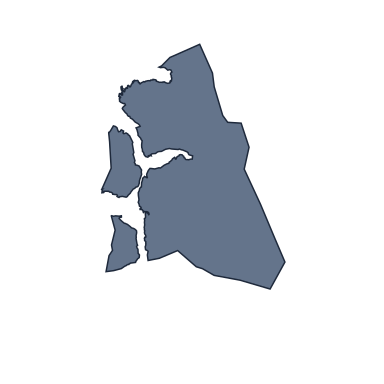 outline of Kvalsund nor, Finnmark, Norway, rotated 311°
{"feature_id": "86288312B73614960684794", "entity_name": "Kvalsund nor", "entity_type": "district", "adm_level": 2, "iso_a3": "NOR", "parent_name": "Norway", "parent_adm1": "Finnmark", "projection": "orthographic", "projection_center": [24.169, 70.397], "detail": "fine", "context": "isolated", "style": "filled", "palette": "slate", "viewbox_px": 384, "rotation_deg": 311, "n_neighbors": 0, "source": "geoboundaries", "source_scale": "gbopen_adm2", "svg_char_len": 5884}
<svg xmlns="http://www.w3.org/2000/svg" viewBox="0 0 384 384"><g transform="rotate(311 192 192)"><path d="M264.6,85.2L265.2,86.7L267.3,88.6L268.1,90.2L268.1,93.8L269.6,94.8L270.2,96.0L269.9,96.6L269.7,97.5L269.0,98.2L268.6,98.0L267.5,98.0L266.6,98.8L266.3,100.2L265.2,100.8L265.0,101.6L264.1,102.5L262.4,103.4L262.0,103.2L262.0,103.5L261.6,103.4L261.2,103.0L261.9,102.8L261.6,102.7L261.1,102.9L261.6,103.5L259.7,103.7L258.0,102.3L257.2,100.4L257.1,99.8L257.1,99.1L256.4,98.9L256.4,98.7L256.4,98.3L255.7,97.7L255.1,97.6L254.9,97.1L253.3,95.3L252.8,93.6L252.3,92.6L252.3,92.1L252.8,91.8L252.9,91.2L252.2,89.9L250.8,88.8L250.9,88.7L250.2,88.7L250.3,88.7L250.2,88.3L249.6,87.5L248.6,87.5L247.3,85.9L245.1,84.3L244.1,84.2L243.7,83.2L241.1,82.1L239.5,81.9L239.4,81.4L240.0,80.6L239.6,80.3L239.6,79.5L240.3,79.0L240.5,78.1L240.4,77.6L239.2,76.7L238.6,75.3L238.4,75.2L236.4,74.8L236.2,74.9L236.8,75.0L236.3,75.3L236.6,75.7L235.9,75.6L235.5,75.7L235.6,75.9L235.0,75.9L233.6,75.6L231.1,76.5L230.5,76.1L230.5,75.8L230.8,75.1L230.8,74.3L230.7,74.0L230.2,73.7L229.8,73.8L229.2,74.6L228.3,74.6L227.9,75.2L227.5,74.9L227.4,74.6L227.5,74.0L226.5,74.2L226.5,73.9L226.3,73.9L226.0,74.2L225.4,73.5L225.1,74.3L224.5,74.9L223.5,75.3L223.0,74.9L223.8,72.9L223.9,72.2L225.1,71.0L225.4,70.3L225.4,70.2L225.6,70.2L225.8,69.7L224.9,69.4L224.5,69.7L225.2,70.1L223.9,70.5L223.4,70.8L222.7,71.7L222.9,72.0L222.7,72.3L222.8,72.3L223.3,72.4L222.6,72.7L222.9,72.7L222.5,73.5L222.5,73.2L222.3,73.2L221.5,73.7L221.1,74.1L220.9,74.8L219.7,75.9L219.4,75.8L219.0,75.3L219.2,74.8L219.3,74.4L219.8,73.8L218.9,73.8L218.7,73.5L218.9,72.9L218.6,72.7L218.2,73.0L218.5,73.3L217.9,73.2L217.9,73.4L217.1,73.7L216.3,73.8L216.2,73.9L216.3,74.2L216.1,74.6L216.5,75.0L216.1,75.3L216.5,75.5L216.6,75.9L215.2,75.9L215.3,76.2L214.1,76.6L213.8,77.3L213.1,77.6L213.0,78.0L213.0,79.5L213.8,82.4L214.6,83.1L214.0,84.7L211.0,84.3L209.4,84.5L209.0,85.3L208.2,89.5L208.2,91.8L207.5,93.2L207.5,94.4L208.2,95.4L207.4,97.0L207.9,99.4L207.5,103.3L208.2,106.8L208.0,108.7L207.5,109.8L203.7,107.7L203.0,109.5L200.6,113.0L199.4,114.0L198.9,118.0L198.2,119.2L198.0,120.7L194.6,123.0L192.6,124.9L191.9,126.2L190.1,128.1L190.1,129.5L188.8,131.3L188.3,133.7L189.3,135.8L191.0,136.2L191.0,135.5L191.7,135.9L192.6,137.5L193.2,136.4L194.7,136.8L197.1,139.2L199.6,139.7L200.8,140.5L202.6,142.3L206.9,144.0L210.0,146.4L211.1,148.4L215.0,153.7L216.1,154.2L216.9,156.3L217.6,157.5L218.9,161.5L219.2,163.2L218.5,164.0L218.2,165.5L219.7,168.7L217.0,170.6L215.9,169.4L214.1,168.3L213.8,167.7L213.6,167.5L212.6,166.3L212.4,165.6L213.0,164.1L212.7,163.5L212.9,163.2L213.5,162.3L213.3,161.5L213.6,160.3L212.8,158.9L211.7,158.1L211.1,158.5L208.9,157.6L206.4,158.3L206.0,157.9L206.4,157.3L206.4,156.5L207.4,156.3L204.2,155.5L203.4,155.8L200.7,155.6L199.7,155.2L198.4,155.7L197.0,154.7L193.9,153.4L189.5,152.5L188.5,151.1L185.0,148.8L183.0,145.8L182.2,144.8L179.6,144.9L175.7,146.1L174.6,147.2L173.6,149.0L173.8,148.0L173.5,147.7L173.7,148.2L173.4,148.8L173.2,148.7L173.1,147.8L173.1,147.4L172.9,147.3L172.6,145.9L171.1,146.0L170.0,145.7L168.3,146.9L165.9,147.9L162.6,150.5L161.9,150.1L160.2,150.3L158.4,151.3L156.2,151.9L154.1,153.9L151.8,156.6L151.1,157.2L148.9,158.2L148.1,160.0L146.8,161.7L146.8,161.9L147.1,162.3L147.1,163.0L146.7,164.0L146.1,164.3L145.6,163.8L145.2,163.8L144.9,164.0L144.8,164.3L145.4,164.4L145.4,165.0L145.6,165.5L145.8,165.4L146.0,166.0L145.8,166.8L145.8,167.4L145.1,167.9L144.6,168.9L144.8,169.1L145.9,168.6L146.4,169.6L147.1,170.2L147.9,171.6L147.9,172.0L147.9,172.7L147.7,173.4L146.8,174.3L146.5,174.2L146.9,173.1L146.9,171.7L146.6,171.1L145.8,170.7L144.9,171.1L142.6,173.4L141.6,173.8L140.7,173.5L140.3,173.8L140.2,174.1L139.4,175.0L137.9,176.0L136.1,177.9L133.7,179.3L133.4,179.9L132.1,181.0L131.9,181.6L130.0,182.9L129.2,184.2L129.2,184.8L128.5,186.0L127.7,186.7L127.2,186.7L127.0,186.1L126.7,186.1L125.7,186.5L125.4,187.1L124.5,187.8L124.2,188.4L124.3,188.9L124.2,189.7L124.1,189.9L123.0,190.6L122.8,191.1L121.1,192.2L119.9,192.6L118.0,194.8L118.1,195.4L118.4,195.9L118.4,196.3L118.4,196.6L118.5,197.3L118.4,197.8L115.2,199.6L111.5,203.8L120.5,210.8L138.4,219.6L138.4,244.3L141.0,250.2L143.6,263.4L156.9,286.0L170.0,314.6L200.1,308.1L211.3,285.0L227.6,251.9L243.5,216.4L263.2,205.7L276.2,183.9L268.0,173.2L269.9,165.0L285.9,139.8L295.2,129.4L308.5,100.9L279.1,87.1L267.2,86.3L264.6,85.2ZM134.6,122.2L134.1,123.8L133.6,123.7L132.3,124.5L133.6,125.7L134.1,125.7L134.6,125.1L135.1,125.4L137.9,128.7L137.9,129.9L138.7,131.0L138.9,131.7L138.9,132.9L138.3,133.6L139.6,135.6L140.7,136.9L140.4,138.0L139.5,138.2L139.5,139.0L140.0,140.5L140.9,140.5L143.0,142.3L144.9,145.7L146.3,146.2L147.1,145.9L150.7,146.2L151.8,145.9L155.8,145.7L157.1,146.4L158.7,146.4L160.3,147.4L161.4,147.5L164.1,146.4L165.8,145.1L167.5,144.3L172.3,142.4L173.8,140.6L175.5,139.5L176.9,135.1L176.4,133.5L175.3,131.5L176.0,130.8L176.4,129.2L178.2,128.4L181.8,122.8L183.6,122.2L189.2,115.3L190.6,114.8L193.6,107.8L193.3,106.5L193.7,105.5L193.3,103.5L191.3,102.3L191.3,101.2L193.1,100.4L192.5,97.8L190.5,98.0L189.3,97.0L190.0,95.4L191.3,93.2L191.2,91.2L190.3,89.3L185.1,90.3L182.6,90.5L182.4,90.1L182.0,90.3L175.9,96.8L156.9,115.4L135.4,122.0L135.7,122.6L134.6,122.2ZM75.5,179.4L81.3,184.5L87.8,188.9L91.8,189.9L93.5,190.7L94.7,190.8L95.9,191.9L96.5,191.7L97.1,192.1L97.8,192.1L101.8,195.6L102.5,195.2L106.0,194.8L107.8,195.2L110.0,193.7L110.3,192.5L110.3,191.7L113.3,188.8L113.8,187.0L114.7,185.8L116.1,185.9L116.7,184.6L120.3,180.2L121.2,179.7L122.3,178.5L124.9,177.0L126.3,175.6L126.5,174.1L126.4,173.0L126.2,171.9L125.4,170.2L125.2,169.4L125.4,168.5L125.2,164.4L124.8,163.6L124.7,162.6L124.0,161.5L123.9,158.9L124.0,156.2L124.2,154.4L125.1,154.0L125.9,154.3L126.2,155.0L126.8,155.2L127.7,154.3L126.0,152.9L123.8,149.9L122.2,148.7L121.4,146.9L121.0,146.8L112.8,159.0L99.2,166.0L95.8,170.3L89.6,171.1L75.5,179.4Z" fill="#64748b" stroke="#1e293b" stroke-width="1.5"/></g></svg>